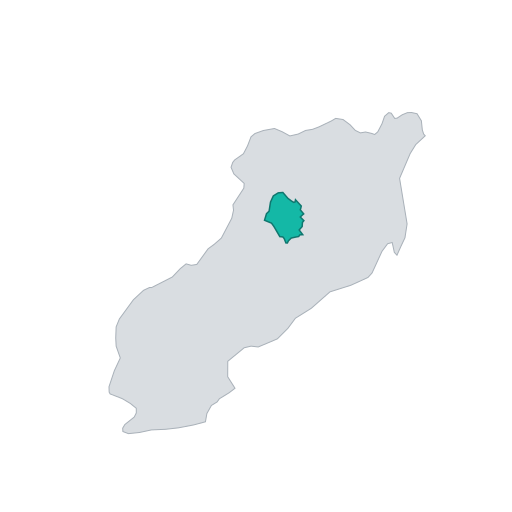 Gramsh, Elbasan, Albania shown in context, rotated 230°
{"feature_id": "67620474B60363170083379", "entity_name": "Gramsh", "entity_type": "district", "adm_level": 2, "iso_a3": "ALB", "parent_name": "Albania", "parent_adm1": "Elbasan", "projection": "mercator", "projection_center": [20.218, 40.831], "detail": "fine", "context": "in_parent", "style": "filled", "palette": "teal", "viewbox_px": 512, "rotation_deg": 230, "n_neighbors": 0, "source": "geoboundaries", "source_scale": "gbopen_adm2", "svg_char_len": 2012}
<svg xmlns="http://www.w3.org/2000/svg" viewBox="0 0 512 512"><g transform="rotate(230 256 256)"><path d="M168.2,154.9L168.5,147.6L170.2,136.2L169.2,132.4L170.2,125.8L166.9,117.1L161.5,110.7L166.7,99.6L174.3,86.0L181.4,75.3L190.0,64.1L195.7,53.3L201.9,44.1L207.1,41.2L209.8,43.2L211.2,47.2L210.9,59.2L212.7,63.4L216.3,66.4L224.0,64.9L232.6,61.9L244.1,55.6L246.1,56.0L250.3,59.3L259.2,73.8L265.1,86.5L276.8,90.9L283.3,95.8L291.6,103.3L295.6,110.9L301.3,134.0L302.0,147.8L300.3,154.2L298.9,155.8L293.7,178.4L295.0,189.9L294.9,197.4L290.5,200.4L287.6,205.2L292.3,223.9L291.8,231.8L292.0,241.0L300.5,261.7L305.5,268.2L310.0,271.2L315.8,290.3L319.2,293.6L333.1,291.8L340.0,293.9L342.7,298.4L343.3,301.5L342.4,312.1L345.8,320.3L350.5,328.8L350.5,333.9L347.4,342.3L341.8,352.1L334.4,355.9L326.2,359.1L322.3,366.7L320.3,374.7L316.7,380.7L314.4,387.3L311.0,400.6L310.2,405.5L304.6,410.4L296.1,412.4L288.4,412.8L283.2,415.1L280.6,419.6L275.7,423.3L272.8,425.0L272.8,429.0L276.3,437.5L280.4,444.3L280.5,449.8L278.5,451.4L272.2,450.7L270.9,452.7L270.2,458.8L268.5,464.1L266.0,467.3L261.5,470.8L253.3,469.6L245.6,464.4L241.6,462.8L239.3,462.9L238.7,450.1L235.4,440.0L223.2,415.9L183.5,392.4L174.2,381.8L170.1,372.9L166.0,364.5L169.9,364.3L173.8,366.4L178.8,369.0L180.8,364.7L178.6,355.5L168.4,334.0L167.6,328.0L172.6,309.9L181.0,289.6L180.4,264.9L183.0,246.2L180.1,234.0L178.8,219.1L184.9,199.2L190.1,194.3L193.3,188.0L193.5,166.7L181.7,156.7L168.2,154.9Z" fill="#d9dde1" stroke="#a8b0b8" stroke-width="1"/><path d="M244.9,298.8L243.5,301.2L244.0,303.2L242.3,305.5L248.2,305.8L248.9,310.3L251.9,313.2L252.3,315.4L257.4,315.0L257.6,317.6L257.6,319.6L262.9,319.6L263.8,321.0L265.2,322.8L273.7,322.4L272.3,320.7L272.8,319.4L275.3,318.5L277.2,318.1L279.5,317.5L287.4,317.4L290.1,313.6L290.9,307.9L288.0,301.8L281.9,294.8L281.7,291.3L277.9,285.5L271.2,289.0L267.1,288.7L255.5,286.7L253.4,288.8L251.2,288.8L246.8,287.3L245.8,288.4L246.8,290.6L247.1,294.5L244.9,298.8Z" fill="#14b8a6" stroke="#0f766e" stroke-width="1.5"/></g></svg>